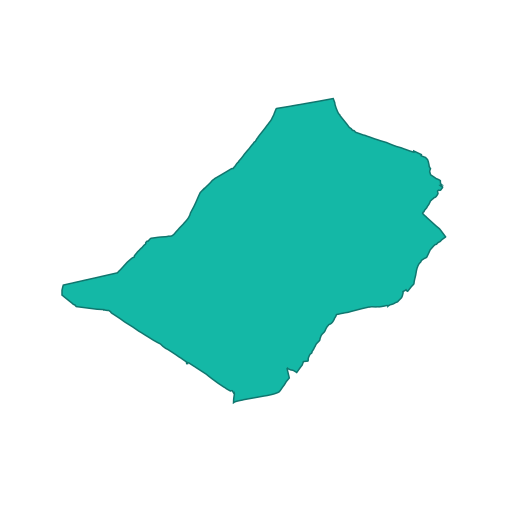 the district of Carlogani, Olt, Romania, rotated 76°
{"feature_id": "2599482B86259976977107", "entity_name": "Carlogani", "entity_type": "district", "adm_level": 2, "iso_a3": "ROU", "parent_name": "Romania", "parent_adm1": "Olt", "projection": "orthographic", "projection_center": [24.165, 44.511], "detail": "fine", "context": "isolated", "style": "filled", "palette": "teal", "viewbox_px": 512, "rotation_deg": 76, "n_neighbors": 0, "source": "geoboundaries", "source_scale": "gbopen_adm2", "svg_char_len": 5975}
<svg xmlns="http://www.w3.org/2000/svg" viewBox="0 0 512 512"><g transform="rotate(76 256 256)"><path d="M385.2,257.0L382.4,253.2L372.8,253.1L372.4,252.6L373.4,251.9L375.1,249.6L375.4,248.6L376.3,247.2L378.2,245.3L378.9,244.7L374.0,238.9L373.2,237.8L372.6,237.3L371.5,236.6L369.9,235.5L370.5,231.1L370.0,230.7L369.4,230.4L368.8,230.4L367.7,229.9L366.9,229.4L365.0,227.9L364.5,227.4L364.2,226.9L363.8,225.8L363.5,225.3L363.0,225.0L362.2,224.7L361.1,223.4L360.2,222.5L358.7,221.3L358.1,220.6L356.3,219.2L355.6,218.3L354.3,216.2L353.4,214.8L352.9,214.4L352.5,214.2L351.7,213.9L349.3,212.3L348.7,211.8L347.8,210.7L346.3,208.2L345.4,207.2L343.3,205.6L341.6,203.9L341.3,203.4L340.6,202.4L340.3,202.2L340.1,201.5L340.0,200.5L339.5,199.1L339.0,198.3L338.5,197.6L337.5,196.5L336.4,195.5L335.5,194.9L333.8,193.1L333.0,192.6L332.3,192.1L332.3,191.2L332.4,190.0L332.4,187.7L332.6,184.7L332.6,183.7L332.9,180.7L332.9,179.2L332.8,177.2L332.7,165.6L332.8,160.1L332.8,158.7L333.0,158.5L333.0,158.2L333.2,156.0L334.4,152.1L334.6,150.7L335.2,148.5L335.4,146.7L335.6,143.8L335.6,141.9L335.7,141.2L336.0,140.1L336.7,140.2L336.5,139.9L336.2,139.0L335.8,137.7L335.8,137.1L335.8,136.3L335.7,134.5L335.4,133.2L335.2,132.6L334.9,131.6L334.9,130.5L334.5,129.3L334.0,128.7L332.2,125.7L331.6,124.8L330.0,123.6L327.4,122.2L326.1,122.0L325.9,121.1L325.7,120.6L325.6,119.9L325.0,118.6L326.5,118.0L326.9,117.5L326.8,117.2L323.9,113.4L323.4,112.8L321.5,109.8L320.9,109.4L319.1,108.7L317.2,107.8L313.2,105.7L309.1,103.9L307.0,102.8L304.8,101.3L303.4,100.1L302.4,98.9L302.0,98.1L301.7,97.7L301.3,97.3L300.6,96.8L300.3,96.5L299.2,93.6L298.8,91.5L298.6,90.8L298.3,90.5L295.8,88.4L292.2,85.5L289.1,81.0L288.4,79.7L288.3,79.4L288.3,78.4L288.2,77.9L287.2,76.5L287.0,75.9L286.6,74.4L286.5,73.9L286.1,73.2L285.6,72.5L285.0,71.4L283.6,67.9L283.5,67.6L283.3,67.4L276.1,70.4L273.9,71.4L270.7,73.8L266.4,76.7L259.5,81.3L259.0,81.5L258.4,81.9L257.6,82.6L255.2,83.9L254.9,84.0L254.6,83.8L254.2,83.5L253.9,83.1L253.7,82.4L253.5,82.2L252.3,81.3L252.0,80.9L251.7,80.3L251.0,79.5L250.7,78.9L250.2,78.4L249.3,77.7L249.0,77.3L248.0,76.1L247.3,75.4L246.4,74.7L245.9,74.2L245.2,73.8L244.9,73.5L244.7,73.2L244.2,72.2L243.6,71.3L243.2,70.2L242.8,69.7L242.6,69.2L242.4,68.0L242.1,67.2L241.7,66.6L240.4,65.1L239.4,64.3L239.0,64.2L238.4,64.3L237.2,64.2L236.9,64.1L236.7,63.8L236.3,63.1L236.3,62.9L236.4,62.6L236.8,61.8L236.8,61.2L236.7,60.9L236.3,60.3L235.8,59.8L235.2,59.0L234.9,58.6L234.4,58.3L234.0,58.3L233.8,58.6L233.3,59.2L233.0,59.6L232.0,60.3L232.1,58.4L232.0,58.5L231.7,58.8L230.1,59.4L227.9,59.0L227.6,58.9L227.4,59.0L226.3,60.0L225.1,61.5L224.6,62.3L224.1,62.8L223.2,63.5L219.7,66.7L219.3,66.9L218.2,67.0L217.0,67.0L216.6,67.2L215.3,66.7L214.4,66.2L213.6,65.6L213.2,65.5L212.3,66.1L211.8,66.2L211.3,66.1L211.0,66.3L209.7,66.1L206.3,66.0L204.2,66.2L203.5,66.4L203.0,66.9L201.4,67.6L201.3,67.9L198.7,71.5L198.4,71.5L197.6,71.0L192.3,77.5L193.4,77.7L193.3,77.9L192.9,78.7L191.2,81.5L189.3,84.3L187.8,86.6L186.1,89.0L183.5,93.6L182.8,94.5L182.4,95.2L179.9,98.7L177.4,102.0L173.9,108.0L173.2,109.0L171.0,112.6L168.0,117.0L166.7,119.1L165.2,121.2L164.7,122.4L162.2,126.1L160.2,129.2L159.9,129.5L158.7,130.1L158.1,130.5L157.8,130.9L157.7,131.6L156.9,132.1L156.6,132.5L155.8,132.6L154.8,133.4L154.1,134.1L153.5,134.5L150.1,135.9L140.0,140.6L139.5,140.5L138.3,141.2L137.2,141.6L135.3,142.0L131.6,142.5L128.2,142.7L126.2,142.5L121.9,143.0L121.0,157.8L118.6,191.1L117.9,199.5L117.8,199.9L118.1,200.9L122.2,203.9L123.1,204.4L125.8,206.8L126.4,207.2L127.7,208.4L128.6,209.4L129.9,211.1L130.6,211.9L131.2,212.6L131.9,213.6L134.4,216.6L138.4,221.8L139.4,223.1L141.1,225.2L141.7,225.6L142.2,226.5L143.3,227.6L144.6,228.8L144.8,229.2L145.0,230.0L145.2,230.4L145.9,231.1L146.7,232.1L147.4,233.2L148.8,235.0L150.2,236.7L151.6,238.8L154.6,242.9L155.6,244.0L157.5,246.4L160.0,250.0L160.6,250.2L160.7,250.4L160.9,251.1L161.7,252.3L164.2,255.1L164.6,256.0L165.2,256.4L165.4,256.7L165.6,257.1L165.3,257.9L165.4,258.8L165.6,259.5L167.1,264.4L169.1,271.1L170.8,277.1L171.5,278.5L172.0,279.9L172.2,280.2L172.5,280.7L173.7,282.3L175.5,285.3L176.3,286.8L178.5,290.4L178.2,290.4L180.8,294.5L181.0,294.8L183.7,297.0L189.7,301.6L193.0,304.3L198.2,309.0L199.6,309.9L200.2,310.2L202.6,312.3L203.8,313.7L205.4,315.9L206.7,317.9L207.5,318.9L210.3,323.5L211.4,325.0L213.3,327.9L214.5,329.5L215.0,330.2L215.4,331.0L215.9,332.2L216.2,333.3L215.9,335.0L215.6,335.9L215.6,337.2L215.5,338.6L214.5,344.0L214.1,346.9L213.8,350.0L213.4,353.5L213.5,354.0L214.1,355.1L215.6,357.3L215.2,358.0L216.1,359.5L216.6,359.9L217.3,359.9L217.8,360.5L218.5,362.1L220.5,364.9L220.5,365.2L221.6,367.1L222.2,367.9L222.6,368.7L223.5,370.2L224.3,371.1L224.9,372.0L226.2,373.7L226.5,374.0L227.4,374.3L227.7,374.5L227.7,375.0L227.8,376.0L228.1,376.9L228.4,377.6L229.0,378.8L230.9,382.5L232.8,385.3L233.5,386.4L233.9,386.9L236.4,390.7L236.9,391.5L237.6,392.8L238.8,394.5L237.6,450.0L239.1,450.9L242.2,452.5L247.0,453.7L253.9,448.5L257.0,446.1L258.4,445.2L259.1,444.5L259.5,443.6L260.1,443.5L261.6,442.6L269.1,423.4L271.2,416.6L271.6,416.7L271.7,416.1L272.7,413.9L273.0,413.0L273.2,412.1L275.0,410.5L275.3,410.5L275.7,410.4L276.3,410.0L276.9,409.5L277.1,409.4L277.4,409.0L283.9,403.0L288.3,399.3L295.2,392.6L299.0,389.3L300.0,388.4L300.4,388.1L302.4,386.0L306.2,382.4L308.4,380.2L312.8,376.0L316.0,372.6L318.2,370.0L321.1,368.2L323.8,366.0L325.4,364.1L328.5,361.2L332.4,357.6L335.1,355.3L336.9,353.5L338.8,351.9L341.3,349.7L341.8,349.2L343.7,349.3L343.9,348.5L342.7,348.3L343.6,346.9L358.7,332.8L361.3,330.9L364.7,328.2L370.0,323.8L375.4,318.9L376.3,317.9L377.7,316.8L380.8,313.5L380.7,312.9L380.9,311.8L381.0,311.6L384.1,310.7L383.7,310.3L384.6,310.3L386.7,311.2L389.2,312.2L390.8,312.7L392.9,313.3L392.5,312.2L392.4,311.5L392.3,310.2L392.3,307.5L392.5,303.5L392.4,303.0L393.3,289.9L393.8,282.1L394.1,278.9L394.2,274.8L394.2,274.1L394.2,272.1L394.0,269.8L393.8,268.0L393.4,266.4L392.4,265.0L389.4,261.6L387.9,259.7L385.2,257.0Z" fill="#14b8a6" stroke="#0f766e" stroke-width="1.5"/></g></svg>